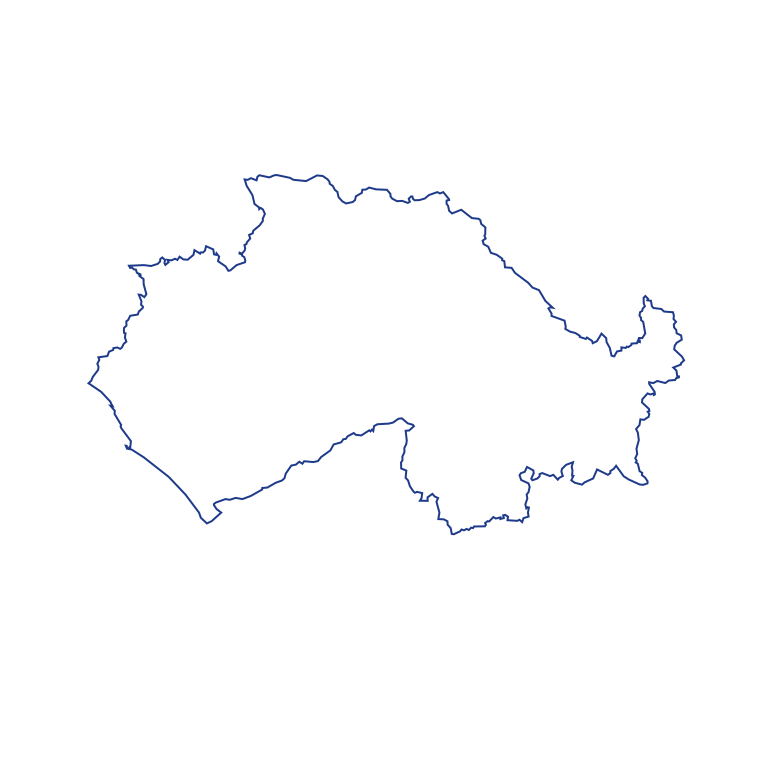 outline of Molise, Campobasso, Italy, rotated 204°
{"feature_id": "23120603B60242334488993", "entity_name": "Molise", "entity_type": "district", "adm_level": 2, "iso_a3": "ITA", "parent_name": "Italy", "parent_adm1": "Campobasso", "projection": "robinson", "projection_center": [14.558, 41.717], "detail": "fine", "context": "isolated", "style": "outline", "palette": "blue", "viewbox_px": 768, "rotation_deg": 204, "n_neighbors": 0, "source": "geoboundaries", "source_scale": "gbopen_adm2", "svg_char_len": 6154}
<svg xmlns="http://www.w3.org/2000/svg" viewBox="0 0 768 768"><g transform="rotate(204 384 384)"><path d="M119.5,527.7L122.9,530.2L133.0,533.7L134.0,537.3L133.4,540.7L130.0,545.6L132.3,549.2L137.3,549.4L139.1,552.3L141.9,553.6L143.5,556.3L142.5,559.6L145.9,561.1L147.1,564.6L149.2,567.1L157.6,564.1L161.2,565.3L168.8,563.0L170.9,564.0L174.0,568.6L177.5,567.6L177.5,569.2L181.0,570.7L181.9,568.3L179.5,563.3L177.3,561.1L178.3,558.0L177.9,555.7L179.3,553.7L178.4,550.4L176.0,548.9L175.1,546.9L172.5,546.2L165.9,536.4L166.7,531.0L169.8,529.7L169.6,527.8L168.0,527.8L167.3,526.3L169.6,525.9L169.4,524.2L174.3,521.6L173.9,520.2L175.8,517.1L177.4,516.9L177.8,515.3L182.0,514.0L180.7,511.1L184.4,508.5L184.9,502.9L187.6,502.4L192.4,508.8L197.7,512.8L199.7,516.3L205.8,518.5L206.9,509.7L209.9,506.2L211.4,508.0L217.5,509.0L217.9,507.3L224.3,506.6L224.8,507.7L229.9,508.4L235.3,507.5L240.8,508.1L241.3,510.3L244.8,515.3L258.6,514.3L259.6,516.5L264.5,519.9L263.2,521.7L260.9,522.3L270.3,525.5L280.6,532.8L287.6,532.5L293.4,535.1L309.5,538.8L314.7,542.0L320.9,539.8L324.1,545.2L326.4,545.1L327.0,546.6L333.6,547.9L339.7,547.3L344.6,551.8L349.9,552.3L352.2,555.1L350.3,558.2L352.6,560.3L352.4,561.9L355.1,568.3L360.3,569.8L362.7,572.9L364.8,573.4L371.2,571.3L384.3,574.6L391.2,567.5L394.9,568.7L397.9,572.8L400.2,574.1L401.4,577.1L399.3,578.6L399.8,579.3L407.9,583.4L410.4,580.8L413.3,581.0L419.8,574.9L422.1,570.1L426.5,566.4L430.7,564.3L432.8,564.9L434.3,566.8L435.5,566.4L436.8,563.3L434.5,561.0L435.9,559.1L441.8,558.7L446.5,556.3L452.0,556.7L454.3,558.0L455.5,560.3L460.3,562.6L470.4,558.6L477.5,557.4L479.6,554.3L482.8,552.7L482.0,549.6L486.0,544.1L485.3,540.2L486.6,537.5L492.1,533.5L496.3,533.9L501.5,536.2L504.7,540.5L507.9,541.4L511.3,544.1L515.0,544.8L516.0,546.5L518.7,548.0L524.6,549.1L530.0,547.3L537.7,537.7L549.9,533.7L553.7,534.1L566.5,531.4L569.0,530.2L572.8,526.1L582.8,524.0L583.9,521.8L583.3,518.2L589.3,517.9L591.6,515.0L594.5,514.2L590.1,509.2L581.1,503.1L575.5,495.8L570.0,494.5L569.1,493.0L568.2,494.7L565.6,494.2L562.0,491.0L562.0,485.8L561.0,483.6L562.1,478.4L565.8,470.8L565.2,468.3L567.9,465.3L565.4,462.5L566.9,457.6L566.6,455.8L568.0,454.2L565.9,451.3L565.6,449.1L566.8,445.2L569.3,445.2L569.0,444.3L566.4,444.6L565.8,443.5L563.3,443.1L561.0,440.6L560.5,438.7L567.0,432.7L570.6,425.3L572.2,424.1L576.5,427.0L585.6,428.7L586.4,433.3L590.2,435.3L589.9,433.7L592.0,433.3L594.7,437.5L602.6,437.5L601.8,433.1L602.8,430.6L605.2,429.5L605.1,428.3L611.6,429.2L610.6,424.5L613.9,417.7L618.0,416.2L622.5,417.2L623.2,413.3L625.9,413.4L628.5,410.5L632.4,409.3L630.3,407.7L632.2,403.9L633.8,405.2L634.4,408.2L638.0,409.4L639.2,407.2L638.4,404.8L639.6,401.7L644.7,397.1L651.8,394.9L665.1,388.3L663.1,386.8L661.4,387.8L659.0,387.0L657.2,387.6L655.0,385.1L651.7,385.1L652.1,384.2L650.7,384.2L651.0,383.1L646.4,382.1L644.0,377.2L637.6,369.4L638.3,365.9L642.4,366.6L644.4,365.9L639.2,360.9L638.2,357.6L635.7,356.6L635.3,355.5L637.4,350.5L637.2,347.3L643.6,343.1L643.8,338.4L644.9,336.5L643.0,332.5L644.3,329.6L643.5,327.3L642.1,324.9L640.7,325.1L639.6,321.1L636.6,317.9L638.1,314.9L638.3,310.7L639.3,308.8L642.4,308.9L645.8,306.7L645.3,304.9L648.3,301.8L648.1,297.0L655.8,292.2L653.9,290.3L654.1,285.9L651.7,283.5L650.9,280.6L652.9,272.1L652.8,267.8L654.2,264.5L639.2,261.8L626.9,256.6L624.4,254.3L625.0,253.6L624.0,254.2L622.8,253.3L624.9,252.8L619.0,250.0L618.0,247.1L607.5,239.7L607.4,238.1L605.9,236.7L592.0,228.9L590.4,224.1L590.5,222.5L591.9,222.2L590.0,222.4L590.0,221.2L592.5,220.9L593.9,222.8L594.8,222.6L592.5,220.4L587.9,221.5L573.6,219.3L542.9,211.6L520.5,202.3L500.7,191.3L496.9,187.3L489.1,184.6L485.7,188.5L480.4,200.3L486.2,201.7L490.2,204.3L490.5,205.4L489.3,207.4L482.0,214.4L477.8,215.5L473.2,219.6L466.5,221.3L460.2,227.5L452.4,238.0L452.9,239.5L448.5,241.9L442.6,249.9L438.0,254.3L436.6,257.4L437.3,262.2L435.5,271.8L431.7,274.5L429.8,278.5L426.1,278.0L425.5,281.0L416.9,283.9L413.0,286.7L411.7,291.8L406.0,301.5L405.4,308.3L399.4,313.3L398.7,317.0L396.6,318.3L395.9,321.5L391.7,326.9L389.1,326.1L383.8,327.8L378.6,335.7L377.1,335.2L376.4,337.5L374.7,336.7L375.9,341.6L373.7,344.5L363.3,349.9L360.0,352.5L356.7,358.1L353.7,359.9L346.3,357.7L341.0,358.5L339.5,357.6L342.1,351.8L345.2,350.1L340.2,341.6L339.2,338.1L339.4,333.9L337.6,330.0L337.7,325.2L336.1,321.9L336.5,319.2L333.9,313.8L328.4,314.0L326.1,307.1L322.8,305.7L318.7,301.1L313.2,297.7L311.5,297.2L309.9,298.9L304.7,299.9L303.3,295.0L303.7,292.0L296.6,295.0L298.1,298.2L295.1,303.3L292.0,301.9L288.2,301.8L288.2,297.8L281.1,289.1L279.4,282.7L274.2,284.7L270.2,284.4L268.6,281.3L264.5,279.5L261.1,274.6L259.2,275.1L254.6,280.3L254.0,282.6L251.4,282.9L249.6,285.2L247.1,285.1L246.0,288.2L244.1,288.6L243.7,290.5L234.0,295.0L233.6,296.8L235.1,298.1L233.5,300.9L232.0,301.2L230.0,306.9L227.1,306.6L223.4,309.5L222.8,308.0L220.0,310.3L221.7,312.5L220.0,313.7L216.7,313.2L215.8,309.8L206.6,313.2L205.0,315.1L201.6,314.0L202.0,318.2L198.0,321.7L200.2,325.1L201.4,330.1L202.6,329.9L203.4,328.3L205.9,331.5L206.5,337.7L208.7,341.0L208.0,344.0L209.1,349.3L211.6,352.0L219.6,352.1L223.1,355.8L222.6,358.3L219.7,361.0L219.6,366.4L212.4,365.8L210.9,363.3L211.0,357.4L209.3,356.4L205.5,360.0L204.3,362.9L205.2,365.0L203.2,367.0L194.8,367.4L192.4,369.9L186.3,367.3L185.7,369.6L183.2,372.7L186.3,376.1L186.9,378.9L184.7,384.3L179.5,389.4L178.9,384.8L176.7,381.8L174.9,376.8L173.6,377.1L173.7,372.2L169.6,371.4L162.2,372.6L160.7,375.8L154.5,382.8L154.6,392.6L142.5,392.1L141.0,394.7L141.8,396.5L139.6,400.0L138.7,403.7L127.5,397.2L121.5,396.3L109.4,396.2L106.1,397.4L102.9,400.4L103.6,402.3L107.4,404.7L111.4,405.7L111.9,407.8L115.0,408.3L119.7,414.4L122.1,414.7L121.9,416.6L124.3,418.4L124.2,423.0L127.0,427.5L128.4,436.4L132.3,442.8L135.4,445.4L133.9,450.4L135.4,456.0L131.9,457.0L128.9,461.7L129.4,464.5L131.8,466.0L130.6,467.3L131.8,469.0L140.8,472.1L141.8,475.1L139.4,482.6L136.4,482.8L133.6,485.2L133.0,483.8L132.3,484.7L133.7,487.0L141.8,492.0L142.5,493.4L138.3,494.4L135.6,497.9L127.4,499.3L125.2,503.0L119.7,506.1L119.4,508.3L117.3,509.9L117.6,510.9L119.2,510.3L122.3,515.2L126.4,516.7L120.7,522.5L121.2,523.5L119.5,527.7Z" fill="none" stroke="#1e3a8a" stroke-width="2"/></g></svg>